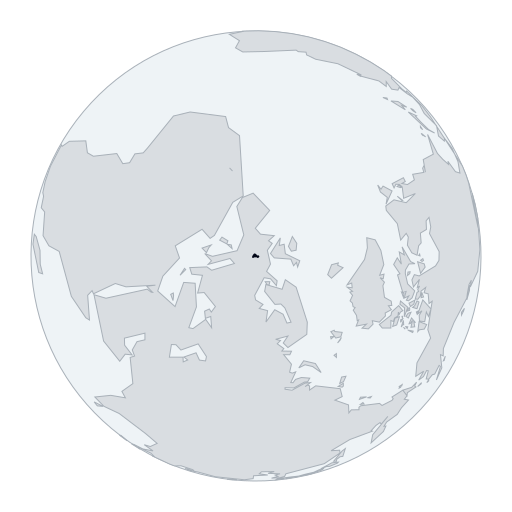 Meurthe-et-Moselle on an orthographic globe, rotated 130°
{"feature_id": "FRA-5325", "entity_name": "Meurthe-et-Moselle", "entity_type": "Metropolitan department", "adm_level": 1, "iso_a3": "FRA", "parent_name": "France", "parent_adm1": "", "projection": "orthographic", "projection_center": [5.998, 48.953], "detail": "fine", "context": "on_globe", "style": "filled", "palette": "ink", "viewbox_px": 512, "rotation_deg": 130, "n_neighbors": 0, "source": "natural_earth", "source_scale": "10m", "svg_char_len": 11273}
<svg xmlns="http://www.w3.org/2000/svg" viewBox="0 0 512 512"><g transform="rotate(130 256 256)"><circle cx="256" cy="256" r="225" fill="#eef3f6" stroke="#a8b0b8"/><path d="M31.6,276.4L31.6,275.4L31.1,267.8L32.8,266.4L34.2,251.6L34.1,246.0L32.8,246.6L34.2,225.6L37.2,211.9L54.4,155.7L59.0,147.0L63.4,140.0L91.5,104.2L69.0,130.7L75.6,121.2L85.2,109.6L84.9,110.3L98.2,97.2L107.2,88.6L125.2,76.3L142.1,71.9L136.1,75.5L140.9,74.5L148.7,70.1L152.7,67.5L179.6,61.6L206.4,53.0L212.2,48.4L213.0,51.3L222.2,41.8L235.0,38.1L222.1,43.7L222.1,45.4L231.6,43.2L233.6,44.6L239.3,44.5L240.8,46.6L233.2,50.2L234.0,51.7L240.7,50.2L246.5,51.6L236.5,53.5L245.5,56.3L234.4,64.0L206.6,69.5L202.0,77.0L177.4,92.0L181.2,92.9L174.3,99.8L176.1,103.6L171.0,105.8L176.8,107.0L181.1,104.4L185.1,104.2L186.5,106.4L180.3,109.3L178.7,108.6L177.6,110.7L173.9,111.3L176.5,112.2L168.8,115.8L178.5,115.5L174.1,121.2L168.5,122.7L166.4,118.2L148.2,112.1L141.8,113.0L134.9,118.5L127.3,137.5L121.4,140.8L115.2,148.3L119.7,148.3L126.1,142.5L132.8,144.8L139.8,137.9L143.6,138.0L151.9,133.1L153.4,138.7L150.4,147.0L143.6,151.5L142.1,155.5L150.8,155.4L140.4,168.5L137.3,185.5L134.3,188.7L124.3,186.4L118.6,175.2L105.7,174.1L116.9,180.0L109.1,188.4L109.0,192.2L111.1,195.0L115.1,194.0L113.1,198.2L101.3,193.4L103.0,189.5L106.7,190.9L103.9,185.9L95.9,183.6L92.7,188.5L84.1,181.2L81.6,184.8L78.4,185.5L82.9,180.1L74.6,189.9L64.0,185.6L52.6,202.7L60.8,182.9L61.9,175.0L62.1,167.4L60.1,169.9L63.2,157.4L61.4,153.1L53.9,161.9L47.4,175.1L44.6,187.4L46.9,185.6L46.8,193.3L40.1,201.5L38.7,218.7L34.9,228.1L33.6,238.1L34.5,244.2L35.0,254.7L37.7,253.9L41.0,259.3L38.7,268.4L42.4,265.2L42.9,274.4L50.9,291.4L49.7,292.1L56.1,316.9L66.9,336.7L69.4,346.5L67.7,348.7L72.3,355.0L72.5,357.6L94.2,381.3L108.2,397.3L109.7,405.5L101.7,407.1L103.3,418.9L91.4,409.6L92.9,411.4L81.8,398.8L71.6,385.4L62.5,371.4L54.4,356.6L47.5,341.3L41.7,325.6L37.2,309.4L33.8,293.0L31.6,276.4ZM49.2,207.2L47.8,231.9L45.4,223.1L46.4,223.6L47.4,216.1L48.2,205.1L47.0,198.2L49.2,207.2ZM55.7,206.2L55.7,202.6L56.1,205.5L55.7,206.2ZM154.1,66.3L148.6,69.9L140.9,73.6L145.2,70.3L154.1,66.3ZM169.2,60.6L167.2,62.4L162.1,62.7L164.8,61.6L169.2,60.6ZM215.9,45.1L211.0,46.6L215.1,44.7L215.9,45.1ZM239.8,44.2L240.6,43.4L243.2,43.8L239.8,44.2ZM150.5,130.4L151.1,131.7L149.3,131.9L150.5,130.4ZM153.5,127.2L150.8,126.5L151.8,124.8L153.4,125.3L153.5,127.2ZM248.0,47.3L252.1,48.3L246.6,47.8L248.0,47.3ZM156.5,128.5L153.9,122.1L155.8,119.3L163.5,118.8L156.5,128.5ZM253.5,49.3L263.4,52.2L266.0,50.5L264.4,57.3L256.5,52.3L249.4,51.9L253.6,50.9L253.5,49.3ZM181.8,102.7L177.3,105.6L179.7,101.3L181.8,102.7ZM182.4,100.0L184.1,87.9L191.5,85.0L189.4,89.5L197.9,84.5L200.7,89.0L196.6,92.8L191.3,93.7L196.4,94.8L182.4,100.0ZM262.0,60.8L263.3,62.2L260.5,61.4L262.0,60.8ZM186.9,103.8L186.5,101.5L192.9,98.8L194.7,103.0L192.1,102.5L186.9,103.8ZM198.8,81.2L203.8,80.1L207.5,83.4L209.9,83.5L201.4,88.9L198.8,81.2ZM191.4,104.2L195.4,105.2L193.8,108.5L187.6,105.9L191.4,104.2ZM193.8,96.4L196.9,95.3L195.8,97.2L193.8,96.4ZM190.1,121.4L189.6,118.4L192.8,116.7L190.1,121.4ZM197.1,105.4L197.6,104.3L198.9,103.4L201.2,104.8L197.1,105.4ZM204.5,91.0L205.0,92.7L208.2,88.9L211.0,91.5L204.8,94.7L208.7,94.4L209.6,95.2L203.5,97.0L204.5,91.0ZM207.2,103.4L200.2,108.9L200.5,114.7L197.6,116.4L197.7,106.7L207.2,103.4ZM205.6,99.5L205.9,102.3L202.1,102.7L199.5,101.1L205.6,99.5ZM215.2,92.1L212.5,87.3L213.9,86.8L215.2,92.1ZM208.0,105.0L209.6,103.7L208.4,105.4L208.0,105.0ZM213.8,95.9L212.7,94.2L214.4,93.6L213.8,95.9ZM213.9,102.6L211.7,104.2L209.9,103.1L213.9,102.6ZM214.5,99.4L217.1,99.1L210.6,101.7L213.7,98.7L214.5,99.4ZM215.6,95.6L216.2,94.8L215.9,96.4L215.6,95.6ZM222.1,106.0L214.3,109.6L210.3,107.1L218.4,103.9L222.1,106.0ZM479.9,230.7L479.3,227.3L479.0,229.1L476.5,218.6L471.5,209.6L472.4,220.3L469.9,214.5L463.1,211.3L463.0,226.6L464.6,259.6L468.9,275.9L467.6,288.8L456.1,277.7L448.6,264.9L445.9,271.7L432.9,268.3L414.6,287.2L410.7,284.7L407.5,290.4L398.1,292.1L391.6,287.2L386.5,291.5L403.5,304.0L408.8,299.3L411.4,287.3L415.3,293.1L424.2,292.7L419.1,318.1L389.8,355.2L384.8,343.8L351.3,318.0L351.1,313.0L350.8,312.6L350.3,311.8L349.4,320.3L343.0,314.3L363.2,335.8L367.5,346.1L389.4,356.2L387.9,359.3L394.3,359.7L412.1,342.4L412.7,346.7L405.6,371.5L379.0,409.7L381.3,421.2L377.3,432.2L358.1,446.2L357.1,451.5L346.8,457.1L344.4,460.1L334.6,465.3L319.3,471.2L296.0,476.4L296.6,475.0L288.1,472.7L277.2,460.4L285.3,451.5L284.1,444.7L267.0,428.5L270.9,417.4L265.8,412.8L255.6,414.4L249.5,408.7L243.1,408.5L201.8,409.2L188.0,399.0L168.7,368.9L175.3,359.6L174.4,346.0L218.2,304.4L229.8,308.3L267.0,301.1L272.0,302.5L270.2,314.5L300.1,324.4L306.7,313.3L331.3,314.4L346.0,308.8L346.8,285.5L322.7,294.4L316.0,285.1L333.3,268.9L354.1,261.4L352.1,257.6L336.9,253.8L339.5,243.9L331.4,251.8L336.3,254.7L331.3,259.9L326.6,257.7L327.7,254.2L320.8,254.6L317.3,272.2L321.9,276.9L305.2,284.6L311.2,293.5L307.5,299.3L295.9,286.6L295.4,280.8L275.6,267.7L274.6,274.3L293.2,287.3L288.3,287.0L287.1,296.8L284.2,289.1L264.1,273.9L247.7,278.9L230.4,302.5L220.0,304.0L209.7,298.6L212.3,274.8L235.2,274.4L236.4,266.6L228.7,255.1L236.3,256.2L235.9,251.7L244.3,251.0L252.9,239.7L261.0,238.0L261.4,223.9L265.6,221.3L264.1,230.2L267.4,235.8L287.0,231.7L289.9,228.1L288.6,219.5L294.1,219.8L290.4,212.0L300.2,205.9L285.1,207.1L283.2,197.8L287.5,189.2L284.2,186.6L277.2,200.6L276.8,206.1L280.9,210.4L277.6,226.6L271.5,230.1L264.7,214.6L255.3,218.3L254.1,205.2L273.7,174.2L283.4,166.7L305.6,172.7L305.1,179.2L296.8,180.1L307.2,187.4L305.0,182.9L309.6,183.3L309.0,175.2L312.2,175.1L306.1,167.6L309.9,166.6L313.8,171.4L316.1,159.3L323.4,155.6L322.4,152.9L319.2,151.1L330.6,148.0L329.3,146.2L325.1,146.4L319.9,143.1L315.0,136.3L319.2,135.6L321.5,137.9L332.7,142.2L338.2,149.1L339.4,148.1L335.6,142.1L322.0,136.8L317.9,132.9L324.5,134.4L321.8,133.6L321.1,131.4L324.3,128.8L317.1,126.8L303.5,106.2L308.3,99.6L315.7,102.9L310.6,89.4L316.5,84.0L312.6,84.1L307.6,78.3L305.7,79.9L303.4,79.5L289.5,66.6L289.5,63.4L279.1,59.0L277.1,59.2L276.6,61.2L264.4,57.3L266.0,50.5L270.4,50.3L268.3,46.6L278.8,47.0L286.5,46.0L299.2,49.2L304.2,48.5L302.8,47.2L308.5,45.6L325.2,47.7L317.9,51.7L294.1,51.9L304.3,52.0L303.9,53.9L308.7,55.2L315.8,55.5L315.4,54.3L336.2,66.1L356.9,73.3L351.0,67.1L352.9,65.0L371.2,70.2L403.6,93.1L406.5,92.4L410.4,95.1L416.2,101.3L410.7,97.5L411.5,100.5L407.4,97.6L414.8,107.1L409.4,103.5L417.8,113.1L420.7,113.5L416.2,106.2L425.9,116.6L428.4,115.1L434.9,121.1L451.3,145.4L458.8,161.7L460.6,164.8L460.3,167.0L464.9,178.6L469.2,183.5L470.8,188.1L475.9,207.1L475.1,204.1L474.6,209.9L478.0,222.8L478.6,221.4L479.9,230.7ZM206.0,328.6L205.5,332.9L206.0,328.6ZM378.2,263.9L389.2,257.3L380.4,246.9L383.9,243.7L379.6,241.5L379.7,246.3L368.7,239.7L372.1,232.4L368.8,227.2L364.9,229.3L360.5,243.8L376.3,253.1L375.4,260.3L378.2,263.9ZM51.3,291.8L52.0,295.6L50.4,292.9L51.3,291.8ZM43.4,225.4L43.9,229.2L43.6,232.5L42.9,230.2L43.4,225.4ZM51.6,255.8L53.0,260.7L50.8,257.2L51.6,255.8ZM48.0,235.6L50.5,252.3L46.4,246.6L45.1,236.2L47.0,241.2L48.0,235.6ZM52.1,209.5L52.0,212.5L51.0,213.4L52.1,209.5ZM56.0,208.3L55.8,207.6L56.5,205.1L56.0,208.3ZM109.9,188.7L110.7,189.2L112.1,192.6L109.9,192.2L109.9,188.7ZM127.0,201.8L123.4,208.4L124.5,203.2L120.8,203.6L118.7,193.6L132.7,189.7L126.7,193.1L127.0,201.8ZM119.7,179.8L119.4,186.2L119.1,179.4L119.7,179.8ZM225.8,229.0L229.6,232.0L227.8,237.3L217.7,240.7L220.1,232.9L225.8,229.0ZM235.4,235.0L231.5,219.4L237.7,217.0L234.9,220.9L239.3,220.9L236.0,227.3L245.7,240.8L244.8,246.5L226.5,249.0L233.0,244.9L228.9,242.0L235.4,235.0ZM210.6,187.5L209.0,181.8L224.5,183.9L224.2,189.1L214.1,192.5L208.4,188.5L210.6,187.5ZM170.6,129.3L169.0,127.8L170.7,126.9L173.5,127.4L170.6,129.3ZM189.6,120.1L179.5,135.4L177.1,134.3L174.0,145.1L166.6,146.6L168.8,139.4L160.8,148.9L159.8,143.1L155.1,150.0L160.9,133.9L159.7,129.3L163.8,133.7L170.7,132.5L173.3,130.5L179.9,121.9L180.7,112.0L187.7,109.5L192.3,110.4L193.2,112.4L188.4,113.3L193.0,115.4L186.7,118.2L189.6,120.1ZM243.1,128.4L237.2,127.6L245.3,134.2L239.1,136.3L240.5,136.9L236.9,140.8L235.0,146.7L231.8,146.9L232.4,149.1L230.1,151.9L229.9,155.1L224.1,156.7L223.3,160.9L221.0,159.3L221.3,166.2L218.5,161.9L215.2,165.3L219.6,167.7L188.9,170.6L178.2,175.9L170.8,182.9L167.0,175.1L171.5,163.9L180.4,152.6L191.3,148.9L187.6,146.3L191.7,143.9L192.9,147.0L193.5,140.8L197.2,139.7L205.1,131.0L203.7,123.4L206.6,120.2L209.0,122.6L210.1,117.8L216.6,120.4L218.8,118.3L227.4,119.0L230.8,125.3L233.0,122.5L239.6,123.1L243.1,128.4ZM224.5,106.4L230.0,113.0L229.2,117.5L214.6,114.5L211.7,116.1L202.3,114.8L203.5,108.4L206.1,109.3L208.9,108.7L207.4,110.9L210.7,108.7L214.4,110.0L217.9,108.7L218.7,111.2L224.5,106.4ZM276.3,297.4L279.9,297.5L285.3,296.1L284.6,302.4L276.3,297.4ZM262.4,287.3L265.5,286.2L267.2,294.0L263.4,294.2L262.4,287.3ZM265.7,279.1L265.5,285.5L263.4,282.1L265.7,279.1ZM266.8,228.9L269.9,227.3L270.8,229.2L269.8,232.5L266.8,228.9ZM265.9,150.0L262.6,148.4L263.2,147.1L259.1,140.9L263.4,139.1L267.6,142.2L265.9,150.0ZM343.5,290.9L340.2,296.7L337.5,295.6L339.2,293.8L343.5,290.9ZM311.6,301.1L319.6,301.8L311.4,302.8L311.6,301.1ZM269.9,147.0L267.7,144.6L271.2,145.2L269.9,147.0ZM266.3,137.5L270.2,137.6L263.5,138.2L266.3,137.5ZM408.3,411.8L390.3,434.5L381.8,439.8L382.4,436.9L390.5,425.1L401.0,416.0L406.8,408.0L408.3,411.8ZM481.0,245.4L480.2,244.0L480.3,238.1L480.4,236.0L481.0,245.4ZM469.5,276.5L472.8,281.2L471.8,286.2L469.5,276.5ZM462.8,168.8L464.4,173.7L463.4,171.9L460.6,164.5L462.8,168.8ZM439.8,126.7L444.0,132.1L445.7,134.7L444.5,133.3L439.8,126.7ZM303.4,131.2L304.3,141.6L307.8,148.5L314.2,151.3L305.6,152.1L300.2,141.4L303.4,131.2ZM303.1,109.2L297.4,107.3L299.5,105.5L301.1,105.7L303.1,109.2ZM299.9,109.9L293.7,112.6L290.3,109.8L295.9,108.2L299.9,109.9ZM282.0,129.2L281.9,132.4L279.1,131.7L282.0,129.2ZM407.4,90.0L405.2,88.6L401.6,85.2L404.1,87.1L407.4,90.0ZM387.9,73.9L400.0,83.8L409.2,92.6L408.6,91.5L414.7,96.9L413.2,96.6L403.3,87.7L397.1,81.8L391.8,78.2L384.5,72.7L379.3,70.3L374.8,67.5L377.6,68.0L387.9,73.9ZM377.3,69.6L365.6,64.9L360.9,60.4L362.4,60.5L369.8,64.4L371.8,66.5L377.3,69.6ZM361.4,62.5L363.3,64.6L350.1,64.7L346.1,63.8L353.7,60.7L355.8,62.6L359.9,63.5L361.4,62.5ZM265.2,61.4L263.5,62.1L263.7,60.8L265.2,61.4ZM302.5,80.6L299.5,79.9L299.9,78.1L302.5,80.6ZM291.3,77.2L293.0,79.6L289.5,77.3L291.3,77.2ZM297.0,85.2L292.8,80.7L299.3,84.6L297.0,85.2Z" fill="#d9dde1" stroke="#a8b0b8" stroke-width="1"/><path d="M255.4,253.7L255.5,253.7L255.6,253.8L255.8,253.9L255.8,254.0L255.8,254.3L255.9,254.5L256.0,254.6L256.0,254.8L256.0,255.0L256.0,255.3L255.9,255.4L255.8,255.5L256.1,255.7L256.1,255.8L256.3,255.9L256.3,256.0L256.7,256.1L256.8,256.1L256.8,256.3L256.8,256.5L257.0,256.7L257.3,256.8L257.5,256.8L257.6,257.0L257.8,257.1L258.3,257.3L258.5,257.3L258.8,257.7L258.5,257.9L258.4,258.0L258.1,258.2L257.9,258.1L257.7,258.1L257.7,257.9L257.3,258.1L257.1,258.1L256.9,258.2L256.7,258.0L256.4,258.1L256.4,258.3L255.9,258.3L255.9,258.2L255.7,258.1L255.7,257.9L255.8,257.9L255.7,257.8L255.4,257.8L255.4,257.7L255.3,257.4L255.4,257.0L255.3,256.9L255.4,256.7L255.4,256.4L255.4,256.2L255.5,256.0L255.6,255.9L255.6,255.7L255.5,255.4L255.4,255.4L255.4,255.2L255.3,254.9L255.4,254.7L255.3,254.4L255.2,254.2L254.9,254.2L254.7,254.2L254.7,253.9L254.8,253.8L255.0,253.8L255.0,253.7L255.3,253.7L255.4,253.7Z" fill="#0f172a" stroke="#020617" stroke-width="1.5"/></g></svg>